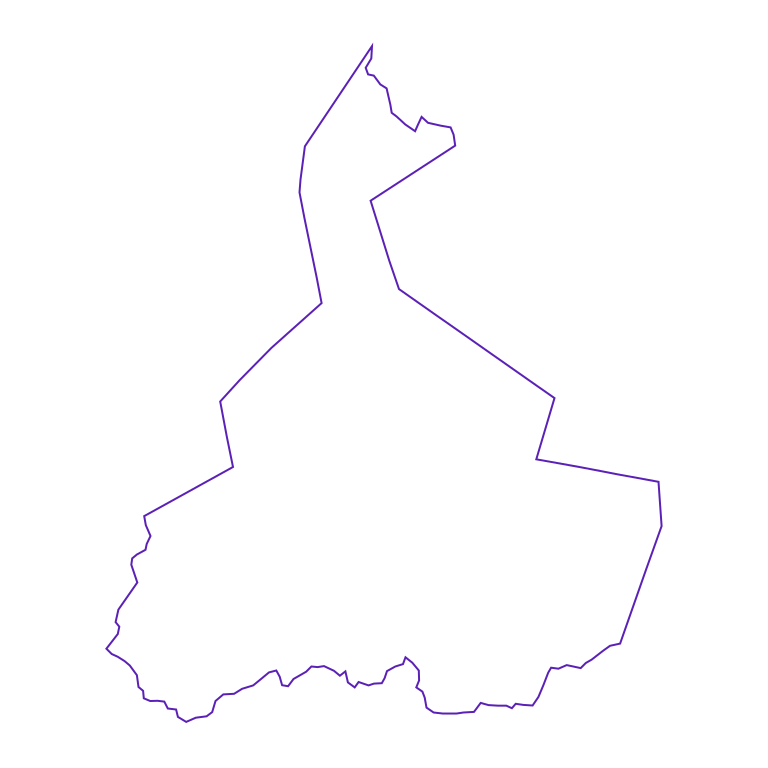 Água Preta, Pernambuco, Brazil
{"feature_id": "56859067B99963356412199", "entity_name": "Água Preta", "entity_type": "district", "adm_level": 2, "iso_a3": "BRA", "parent_name": "Brazil", "parent_adm1": "Pernambuco", "projection": "orthographic", "projection_center": [-35.496, -8.676], "detail": "fine", "context": "isolated", "style": "outline", "palette": "violet", "viewbox_px": 768, "rotation_deg": 0, "n_neighbors": 0, "source": "geoboundaries", "source_scale": "gbopen_adm2", "svg_char_len": 1836}
<svg xmlns="http://www.w3.org/2000/svg" viewBox="0 0 768 768"><path d="M405.2,124.4L396.6,116.5L391.7,112.8L390.4,104.9L386.6,88.4L380.3,84.4L373.8,75.6L368.1,74.4L365.7,67.8L371.3,58.5L372.0,46.1L304.9,146.3L300.5,179.6L299.5,192.4L304.4,217.9L316.7,277.6L321.6,303.1L271.4,347.9L239.6,380.2L220.2,401.5L226.9,437.1L233.0,467.0L199.7,485.4L144.2,516.1L145.8,525.1L150.5,536.0L146.7,544.0L145.5,549.8L136.9,554.5L132.2,558.4L131.3,564.7L137.3,582.5L118.4,609.6L115.6,622.1L119.3,626.7L117.8,634.0L106.4,648.7L111.7,654.0L117.8,656.8L124.6,661.1L129.8,665.5L136.9,675.2L138.5,687.0L143.1,690.8L143.8,698.3L150.2,701.0L157.6,700.8L164.3,701.6L167.8,708.5L176.1,709.5L177.9,716.9L186.2,721.9L195.8,717.7L206.6,716.3L212.2,712.1L215.5,701.0L223.3,694.4L234.1,693.8L242.1,688.8L253.2,685.4L260.3,679.6L269.0,672.4L276.3,670.5L279.7,676.7L282.1,685.2L288.1,686.2L293.5,679.0L306.2,671.7L311.4,666.5L317.6,667.1L324.0,666.1L334.0,670.8L339.9,675.7L345.4,671.4L347.9,682.4L354.7,687.4L358.6,682.0L368.5,685.4L374.0,683.6L381.8,683.2L384.6,678.2L387.0,671.1L395.3,666.5L403.0,664.1L405.5,657.3L412.3,662.7L418.8,670.5L419.1,680.4L416.3,687.4L422.4,691.6L424.7,697.6L426.5,707.6L433.6,712.5L442.5,713.5L450.9,713.5L456.7,713.5L463.5,712.5L474.0,711.9L480.7,702.9L488.5,705.1L498.7,705.7L506.4,705.7L511.9,708.2L515.7,703.8L523.3,704.9L532.6,705.5L538.4,697.0L543.3,685.4L548.2,672.7L551.1,667.7L558.4,668.7L566.7,665.1L580.7,668.1L585.8,663.0L591.7,659.6L602.9,650.9L610.0,645.8L620.1,643.6L646.1,569.5L661.6,526.1L658.5,481.8L617.4,474.3L603.0,471.5L581.0,467.3L536.3,459.3L554.5,398.1L536.3,385.4L493.1,355.1L462.2,333.4L456.5,329.4L436.0,315.1L399.0,289.1L389.2,260.5L370.6,200.7L455.2,145.6L453.6,134.7L450.6,127.4L440.4,125.6L428.0,122.8L421.6,116.9L417.9,124.8L415.1,131.2L405.2,124.4Z" fill="none" stroke="#5b21b6" stroke-width="2"/></svg>